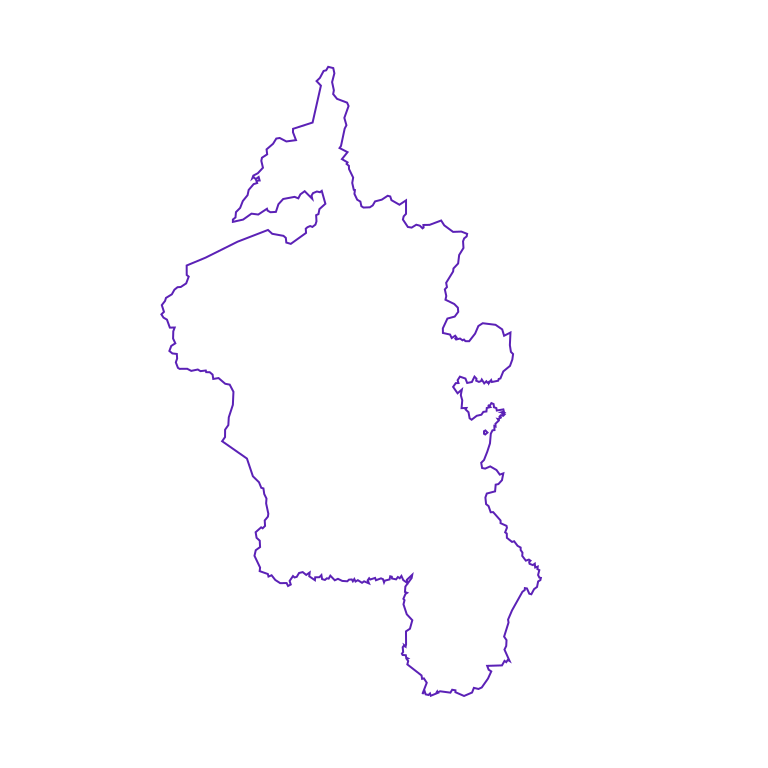 the district of Naitasiri, Central, Fiji, rotated 26°
{"feature_id": "14151628B8492423103487", "entity_name": "Naitasiri", "entity_type": "district", "adm_level": 2, "iso_a3": "FJI", "parent_name": "Fiji", "parent_adm1": "Central", "projection": "natural_earth1", "projection_center": [178.262, -17.851], "detail": "fine", "context": "isolated", "style": "outline", "palette": "violet", "viewbox_px": 768, "rotation_deg": 26, "n_neighbors": 0, "source": "geoboundaries", "source_scale": "gbopen_adm2", "svg_char_len": 6166}
<svg xmlns="http://www.w3.org/2000/svg" viewBox="0 0 768 768"><g transform="rotate(26 384 384)"><path d="M180.4,242.7L178.2,249.9L175.2,254.0L175.5,256.8L176.2,255.2L178.9,256.1L180.6,252.9L183.0,255.6L180.2,257.3L181.9,259.0L179.2,261.5L177.3,268.9L178.6,274.1L176.9,281.4L177.5,288.8L175.6,294.4L177.5,299.4L176.1,302.4L177.1,304.5L185.3,298.0L190.2,289.0L196.7,286.8L202.0,277.8L203.4,279.2L206.6,279.4L211.4,276.7L210.3,268.7L212.3,261.9L221.6,255.0L225.6,254.7L225.7,250.2L228.2,245.5L238.3,249.0L236.3,246.5L236.5,243.6L239.3,240.4L242.4,239.7L243.4,237.7L252.3,247.7L249.3,255.1L250.6,260.0L249.0,262.0L252.0,267.4L252.5,270.8L250.8,274.2L248.4,274.4L246.5,276.6L245.6,278.7L247.7,282.4L238.8,298.9L234.2,299.7L231.7,295.7L228.7,294.9L217.7,298.0L212.2,296.4L190.0,320.3L168.2,348.7L154.7,364.0L158.9,372.5L161.4,373.1L162.1,380.3L158.8,385.9L156.0,387.5L154.3,391.1L154.0,396.4L150.3,402.2L150.8,405.3L149.7,410.5L154.6,415.6L153.4,419.0L156.7,421.0L160.7,421.3L166.8,427.2L171.1,425.0L171.5,429.0L174.5,435.6L178.6,438.9L176.1,443.0L176.6,448.4L180.4,449.3L184.6,447.8L186.9,451.8L187.4,455.8L191.7,459.8L193.6,460.0L200.4,456.6L205.0,456.7L210.3,452.6L213.4,452.9L217.9,450.0L219.0,451.3L222.2,449.8L225.8,450.7L228.3,454.3L232.7,451.2L241.2,453.4L245.6,452.2L252.1,457.0L257.3,469.0L259.1,482.0L262.1,489.2L261.2,494.7L264.4,501.4L263.6,506.4L293.5,511.1L306.6,524.4L314.7,527.1L319.2,531.1L321.4,530.7L324.6,535.4L328.6,538.5L330.4,543.0L336.9,551.3L337.8,554.1L336.6,558.9L339.3,563.7L338.2,566.9L336.4,566.7L333.6,573.5L336.9,578.1L341.0,579.3L344.1,584.9L341.6,589.6L342.9,595.2L353.1,603.3L354.3,606.7L362.9,605.7L364.6,607.7L366.8,605.2L372.2,607.8L378.0,608.5L383.7,605.6L386.3,607.6L388.1,605.1L385.5,602.4L386.4,596.5L388.4,597.1L390.1,595.6L390.5,591.1L393.4,588.7L397.8,589.7L399.8,586.0L401.1,589.6L407.9,590.6L406.9,587.9L410.6,586.0L411.5,583.2L413.9,586.5L416.8,586.0L417.8,583.7L419.6,583.2L419.8,579.8L425.8,582.0L428.0,579.3L432.8,579.3L437.5,577.4L438.3,575.2L440.7,573.8L442.5,575.0L442.8,572.3L445.0,574.0L446.5,571.8L451.4,572.3L452.6,570.1L457.9,569.8L455.4,567.6L455.8,565.1L457.3,565.8L461.0,562.2L462.8,563.9L466.5,560.0L468.7,559.9L471.0,562.3L470.9,560.4L474.7,557.2L473.9,554.1L475.5,553.8L476.5,555.3L480.5,554.3L481.1,551.4L483.3,551.7L483.8,548.9L487.3,551.8L492.0,552.6L490.4,549.9L493.0,543.1L493.9,546.3L492.0,556.7L494.0,561.7L496.3,561.6L495.3,563.3L495.6,568.6L497.2,569.3L498.1,573.5L505.4,581.0L513.0,583.9L514.6,592.6L512.2,596.7L518.0,608.4L518.4,610.1L517.0,609.9L517.9,610.7L516.5,610.7L516.2,612.4L518.7,616.5L518.3,618.6L519.5,619.4L522.5,618.2L523.9,620.2L525.8,620.2L524.9,621.2L527.2,622.4L527.9,625.8L545.5,629.5L547.5,632.3L548.9,631.1L553.4,633.8L554.4,645.7L555.4,642.5L557.5,644.7L560.3,644.0L561.0,642.0L562.7,643.7L567.7,638.1L566.5,637.9L566.6,637.1L567.3,637.8L569.1,635.6L579.0,632.3L579.3,628.9L582.5,628.0L583.3,629.7L592.7,629.3L598.4,622.7L598.0,617.7L602.6,616.7L604.9,613.9L606.6,603.2L606.4,595.3L603.3,594.9L600.3,592.1L613.4,585.2L613.7,580.0L615.8,580.4L616.2,577.7L618.3,577.9L608.7,569.9L608.7,565.9L606.4,560.5L602.7,558.4L600.5,543.8L598.8,541.4L598.3,531.3L599.5,510.1L600.8,507.5L600.1,505.7L602.1,505.1L606.5,508.8L608.6,508.4L608.8,502.6L610.5,499.3L609.1,493.9L610.5,491.7L610.0,489.5L608.5,489.9L606.2,488.1L605.2,483.2L603.0,483.1L602.2,480.7L600.3,482.6L598.3,479.4L597.2,481.5L593.7,481.8L592.5,480.4L593.1,478.6L591.2,478.3L588.9,480.6L583.6,477.9L582.4,474.9L579.6,473.3L578.5,471.1L575.0,470.9L569.9,468.3L568.3,469.8L561.9,468.4L559.9,464.6L557.9,464.2L557.5,459.3L556.3,457.8L549.8,458.0L548.6,455.6L538.3,451.3L536.1,452.5L531.5,447.9L528.4,447.2L524.9,441.6L524.4,437.4L530.9,431.8L528.5,425.5L530.7,423.8L532.2,418.7L530.4,412.0L527.8,414.7L522.8,412.0L515.6,411.5L512.0,415.7L509.0,416.5L505.9,412.2L507.2,408.5L506.5,399.6L505.3,391.0L501.8,381.9L501.8,378.1L503.5,377.0L501.6,373.4L502.9,373.3L501.6,370.9L503.2,366.5L501.6,365.6L502.8,365.3L502.6,363.3L504.5,363.2L502.2,362.5L502.6,361.0L505.1,360.3L505.7,358.4L503.8,358.6L504.5,357.3L502.0,357.9L503.8,356.2L502.4,354.5L497.0,358.4L495.5,356.4L493.1,356.7L491.3,354.0L488.9,354.1L488.6,357.1L486.7,357.6L489.6,358.2L486.9,360.5L488.1,363.8L485.5,365.5L485.0,368.9L481.3,371.9L478.4,377.7L476.0,377.3L472.3,372.3L468.5,371.1L468.6,369.4L464.3,371.7L461.5,364.4L457.9,360.3L456.4,354.9L454.2,360.1L447.4,356.3L448.1,351.8L450.5,350.5L448.5,348.3L449.0,344.1L454.8,343.4L458.3,346.6L462.1,343.7L462.1,337.7L464.8,338.7L465.4,340.6L468.4,340.5L469.9,338.9L469.9,337.1L473.8,339.5L474.8,336.7L476.4,337.5L477.3,336.2L477.9,337.2L478.6,333.5L480.1,334.9L485.2,331.0L484.9,329.2L486.2,328.0L485.7,320.4L489.3,312.5L488.6,305.7L486.9,300.5L484.0,299.5L480.1,293.9L475.1,282.3L470.8,288.0L466.3,283.1L458.3,281.9L446.1,286.1L443.4,290.5L443.8,298.8L441.8,308.2L438.4,309.8L436.4,309.0L435.4,310.3L432.4,309.8L429.3,312.4L428.2,311.9L428.8,310.4L426.8,309.4L424.7,313.0L421.7,310.6L414.6,312.3L412.5,308.2L412.3,297.4L418.0,292.4L419.1,286.6L416.9,283.0L412.1,281.3L402.3,281.3L401.4,277.6L397.2,272.3L398.1,269.3L395.5,265.8L396.8,252.6L395.8,249.7L397.8,243.2L395.0,235.1L395.8,226.9L392.5,221.1L392.2,218.0L393.6,215.1L392.9,212.6L386.7,213.1L379.4,217.0L368.6,215.0L363.7,212.0L355.2,221.0L349.7,223.8L351.0,226.0L350.4,227.2L346.8,226.0L343.2,226.7L340.3,231.3L336.6,232.4L328.9,227.9L328.2,224.7L329.2,221.4L323.3,209.3L319.3,216.1L310.1,215.5L307.4,212.7L304.8,213.2L301.2,219.3L295.9,223.8L295.6,228.4L293.8,231.4L288.2,234.4L285.7,234.1L282.8,230.4L279.1,230.1L274.1,226.1L272.8,222.4L271.7,222.7L267.3,217.2L265.8,212.0L258.3,206.1L256.8,203.3L253.9,202.6L254.1,200.8L247.6,200.3L249.6,191.6L240.6,191.4L241.0,188.9L236.7,171.7L236.8,167.9L231.7,162.2L230.3,149.7L227.5,147.3L216.8,148.3L211.2,145.7L210.2,142.0L205.0,135.4L203.2,126.5L199.9,122.3L194.8,123.4L194.5,127.4L192.5,129.1L192.2,137.0L190.6,141.3L196.5,143.5L205.2,180.3L190.4,194.5L191.8,197.6L198.0,203.4L189.9,208.8L182.4,208.6L179.6,210.6L179.0,216.7L175.6,224.6L178.3,228.8L175.1,234.1L175.9,237.2L180.4,242.7ZM497.1,385.0L495.7,384.9L494.6,382.6L495.5,381.3L498.3,382.3L497.1,385.0Z" fill="none" stroke="#5b21b6" stroke-width="2"/></g></svg>